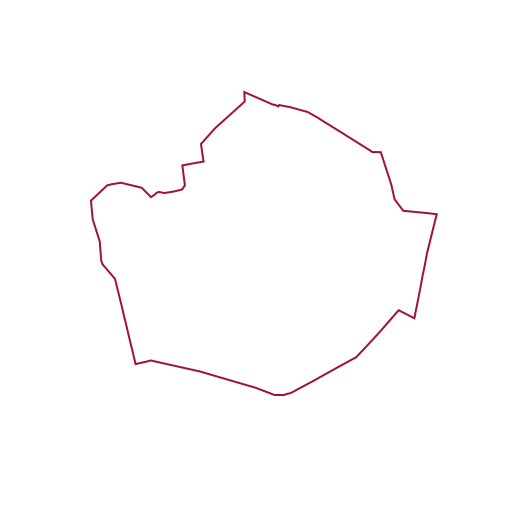 Ķegums, Ogre, Latvia (Mercator projection), rotated 44°
{"feature_id": "27541924B39135801304013", "entity_name": "Ķegums", "entity_type": "district", "adm_level": 2, "iso_a3": "LVA", "parent_name": "Latvia", "parent_adm1": "Ogre", "projection": "mercator", "projection_center": [24.717, 56.74], "detail": "fine", "context": "isolated", "style": "outline", "palette": "rose", "viewbox_px": 512, "rotation_deg": 44, "n_neighbors": 0, "source": "geoboundaries", "source_scale": "gbopen_adm2", "svg_char_len": 1624}
<svg xmlns="http://www.w3.org/2000/svg" viewBox="0 0 512 512"><g transform="rotate(44 256 256)"><path d="M133.7,146.2L140.6,152.7L138.0,189.6L137.8,192.4L138.6,213.6L140.4,215.0L143.8,217.7L144.7,218.4L148.9,221.6L152.7,224.5L145.9,233.8L140.1,242.0L147.8,248.2L151.8,251.4L155.8,254.6L156.6,259.5L152.3,266.4L146.4,274.3L141.4,277.6L140.5,280.1L140.6,282.0L139.6,286.6L126.4,286.3L108.0,297.1L102.5,304.4L99.9,308.5L99.2,323.1L98.8,330.8L109.9,340.3L113.1,343.1L123.0,348.4L133.5,354.1L148.2,367.1L151.6,368.6L170.5,370.4L197.8,387.6L204.1,391.8L205.0,392.2L226.8,406.2L233.6,410.4L238.8,413.8L244.5,417.4L248.1,411.8L252.3,405.4L253.0,404.1L256.4,402.1L295.9,378.0L347.2,351.1L365.9,343.1L366.9,342.1L370.5,338.7L372.0,337.3L372.7,336.6L373.9,334.0L374.2,333.5L376.1,330.7L382.3,311.3L383.6,307.3L384.9,303.3L385.2,302.0L387.0,296.1L387.1,295.6L387.3,295.3L387.4,294.9L388.1,292.4L389.0,289.5L389.9,286.6L390.7,284.0L391.5,281.4L391.5,281.2L395.0,270.0L398.4,259.0L398.1,237.5L397.7,223.8L396.3,195.9L413.2,190.8L409.0,184.4L408.5,183.5L395.7,163.7L389.2,154.0L388.6,152.9L384.2,146.0L381.4,141.7L378.2,136.9L376.4,134.0L367.6,118.8L365.1,114.5L359.8,105.3L358.3,102.7L357.0,100.4L349.9,105.8L330.5,121.2L316.2,118.9L304.1,110.9L282.8,99.5L273.6,94.6L267.5,100.4L263.9,101.0L257.9,102.3L244.6,105.1L218.7,110.6L216.9,111.0L213.8,111.7L212.8,111.9L209.1,112.7L205.3,113.4L203.6,113.8L201.9,114.2L201.0,114.5L193.2,116.5L183.3,121.9L177.1,125.2L173.2,127.8L171.3,129.1L167.8,131.3L168.1,133.0L164.5,134.1L163.8,134.9L163.6,135.0L162.9,135.3L161.6,135.9L133.7,146.2Z" fill="none" stroke="#9f1239" stroke-width="2"/></g></svg>